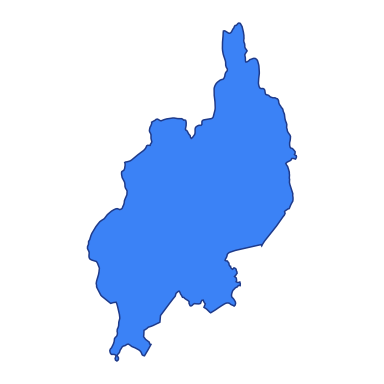 Rabai, Coast, Kenya (Equal Earth projection)
{"feature_id": "3690345B74333595130890", "entity_name": "Rabai", "entity_type": "district", "adm_level": 2, "iso_a3": "KEN", "parent_name": "Kenya", "parent_adm1": "Coast", "projection": "equal_earth", "projection_center": [39.614, -3.885], "detail": "fine", "context": "isolated", "style": "filled", "palette": "blue", "viewbox_px": 384, "rotation_deg": 0, "n_neighbors": 0, "source": "geoboundaries", "source_scale": "gbopen_adm2", "svg_char_len": 5997}
<svg xmlns="http://www.w3.org/2000/svg" viewBox="0 0 384 384"><path d="M189.0,303.2L190.0,305.6L190.9,306.0L192.1,305.4L193.2,304.3L194.4,303.6L196.3,303.8L198.9,303.9L200.5,303.4L201.2,301.5L201.9,300.3L203.2,300.1L203.8,301.7L204.6,303.0L205.3,303.9L203.9,307.3L206.5,309.0L209.9,312.3L210.7,312.8L215.4,309.9L218.4,307.8L221.9,305.5L224.7,303.8L226.0,303.2L227.0,303.0L228.2,303.0L229.5,303.3L230.6,304.3L232.2,305.1L233.3,305.5L234.1,306.1L235.1,305.2L235.6,303.4L235.4,302.0L234.6,300.5L233.5,298.8L231.8,297.0L231.5,295.8L231.6,294.3L232.0,292.6L232.8,290.5L235.5,287.7L237.3,286.9L237.9,286.0L238.9,285.4L240.2,285.6L240.3,283.7L239.8,282.0L238.9,282.4L237.4,282.4L236.1,281.7L236.6,280.5L236.5,279.3L236.2,277.9L234.5,276.5L235.8,275.2L236.4,274.1L237.1,273.3L236.9,271.8L236.3,270.6L236.1,269.2L235.3,268.4L234.0,267.8L232.6,269.3L231.6,268.6L230.7,267.6L230.6,266.3L229.7,266.0L229.1,264.8L228.9,263.1L228.2,262.3L227.4,261.0L226.2,260.9L225.1,260.4L225.4,259.2L226.5,257.3L227.0,255.8L227.3,254.3L228.2,253.3L229.1,252.6L230.0,252.2L235.1,250.5L236.7,250.1L261.0,244.6L261.7,245.9L262.6,244.1L264.6,241.0L276.5,226.0L282.9,216.9L284.4,215.0L285.1,213.2L284.5,211.8L285.1,210.9L287.9,209.0L289.2,208.6L290.7,205.0L291.6,203.2L292.8,201.1L293.0,199.5L293.0,197.7L292.7,195.5L292.8,193.6L289.8,184.3L289.4,182.3L289.6,179.3L289.3,178.1L289.5,175.0L289.3,173.5L289.3,172.1L288.5,169.2L287.6,166.4L286.6,165.1L285.8,163.4L287.2,162.1L290.8,160.3L291.8,158.5L293.2,158.4L295.5,159.1L296.2,157.9L296.5,156.8L296.2,155.6L295.2,155.2L294.4,154.3L295.1,153.3L295.1,151.6L293.1,149.2L292.1,148.4L290.6,148.0L290.0,146.9L289.7,145.7L289.6,144.1L289.6,142.7L290.2,140.2L290.4,138.3L290.5,136.4L289.9,135.0L288.1,132.5L287.4,131.1L287.1,129.3L286.6,127.7L286.8,124.5L286.3,122.7L285.6,121.1L285.2,119.6L284.9,118.3L284.4,114.1L283.2,111.2L283.0,110.0L282.5,108.6L281.4,107.5L280.7,106.2L279.9,105.2L279.1,103.7L278.7,102.3L278.6,101.0L278.2,99.9L277.4,98.8L276.5,98.6L275.7,98.1L274.9,97.8L272.9,97.8L270.5,97.0L269.7,96.4L268.7,95.4L267.4,94.9L266.5,94.8L265.7,94.3L265.2,93.0L264.8,90.3L264.3,89.3L263.3,88.6L262.4,88.5L261.4,88.6L260.2,88.3L259.2,86.9L258.7,85.0L258.4,83.2L258.7,78.4L259.3,73.5L259.3,71.9L258.9,65.9L258.6,64.4L257.8,61.6L257.4,60.4L256.6,59.4L255.4,58.5L254.0,58.3L253.0,58.5L251.0,59.3L249.9,59.6L248.7,60.8L247.6,61.5L246.7,62.0L245.7,61.9L245.4,60.3L245.4,58.7L245.3,57.4L245.0,56.2L244.8,54.7L245.6,53.2L247.1,50.9L246.4,49.7L245.4,48.4L244.8,47.1L244.8,45.2L244.6,43.7L244.0,42.3L243.7,40.8L243.8,39.5L244.0,38.3L243.9,37.0L243.9,35.5L243.4,32.1L242.1,26.6L240.3,23.4L238.9,23.0L237.9,23.5L237.2,24.4L236.3,25.3L235.1,25.5L234.4,26.4L233.9,27.8L232.9,29.1L231.4,32.0L230.6,32.8L229.6,33.3L228.7,33.2L225.8,31.4L224.7,30.8L223.4,31.0L223.2,32.7L223.0,36.5L222.5,42.2L222.4,48.5L222.6,50.8L223.2,54.1L223.7,55.8L225.2,60.3L225.6,62.0L225.7,65.4L226.3,67.3L227.4,69.0L227.2,70.8L226.1,72.0L225.5,73.0L225.0,74.6L224.8,76.2L224.3,77.4L223.8,78.5L222.9,79.3L221.5,79.6L220.2,80.1L218.3,81.5L217.3,82.3L216.2,83.5L215.5,84.7L214.8,86.1L214.3,87.6L214.1,88.8L214.2,93.9L214.2,95.3L215.0,101.9L215.2,107.0L215.2,108.4L215.0,110.0L213.2,117.0L212.5,118.0L211.6,118.5L210.7,118.7L204.2,119.8L203.1,120.1L202.0,121.2L201.9,122.7L201.9,124.4L201.1,125.3L198.9,125.3L197.5,125.9L196.1,126.8L195.3,128.0L195.1,129.2L195.1,132.2L195.0,133.4L194.6,134.6L192.5,137.5L191.3,138.4L190.5,137.3L190.1,135.5L189.0,134.4L188.0,132.7L187.4,131.4L186.7,130.5L185.9,130.2L185.4,129.1L186.1,125.6L186.2,123.1L186.1,121.9L185.7,120.4L184.9,120.0L183.6,120.1L182.8,119.3L181.7,118.7L177.7,118.6L174.0,118.0L172.9,118.0L166.7,118.9L164.2,119.6L161.1,120.8L160.1,120.6L159.0,119.9L157.6,119.1L156.2,119.3L155.2,120.2L151.6,122.2L151.7,123.5L151.3,124.6L150.8,125.9L150.1,127.1L149.7,128.6L149.4,130.5L149.6,131.7L150.3,132.9L151.0,134.7L151.0,138.3L151.8,141.8L151.2,143.2L150.5,144.1L150.2,145.4L147.7,145.3L146.7,145.8L146.1,147.2L145.5,148.4L143.7,150.4L138.1,154.6L131.7,159.9L130.5,160.7L129.3,161.2L127.0,161.8L125.6,162.0L124.7,162.5L125.1,163.7L125.1,165.4L124.6,168.6L123.9,170.2L121.8,171.6L121.5,172.8L121.6,174.7L122.2,177.7L124.5,182.0L124.9,184.0L125.0,186.6L125.6,188.4L126.5,189.7L127.1,191.0L127.0,193.1L126.9,194.8L125.3,198.4L124.4,200.8L124.2,203.0L123.6,205.0L122.8,206.6L122.3,208.1L121.6,208.9L119.8,209.6L117.5,208.7L116.7,208.7L115.7,208.9L113.9,209.7L111.5,211.1L109.6,212.7L107.4,214.6L104.8,218.0L104.0,218.9L101.7,220.3L99.8,221.7L97.6,224.4L95.8,226.8L91.9,233.3L90.9,235.7L89.7,239.7L88.6,241.4L88.5,244.4L88.0,245.4L87.5,246.7L87.5,248.6L89.0,251.7L89.2,253.1L89.0,255.0L89.0,256.9L89.4,258.2L90.0,259.1L90.9,259.6L91.9,260.1L96.4,261.5L97.4,263.0L99.4,268.1L99.0,271.9L98.5,274.6L96.6,281.0L96.2,283.4L96.6,285.4L96.6,286.9L97.3,288.4L100.9,295.3L102.0,296.4L110.7,303.4L113.3,302.6L116.1,302.2L116.7,303.4L117.6,306.6L119.4,314.4L119.7,317.0L119.8,318.2L119.5,319.5L118.8,322.1L118.6,325.7L118.2,327.3L117.3,329.2L117.1,331.3L117.4,332.8L117.4,334.0L117.0,335.5L116.4,336.5L115.4,337.3L114.5,338.6L114.2,341.4L113.5,343.7L112.6,345.6L111.5,347.8L110.3,349.1L109.8,350.7L110.1,352.2L110.6,353.5L111.5,354.4L113.9,354.4L115.0,354.7L116.0,355.4L115.7,356.9L115.1,358.4L115.5,360.1L116.9,361.0L118.0,360.2L118.5,359.1L118.4,357.6L117.0,355.4L117.7,354.4L118.7,353.4L119.5,352.2L119.9,350.8L120.4,349.7L121.3,348.4L122.0,347.1L123.4,346.0L124.9,345.7L125.9,345.1L127.1,344.3L128.4,344.1L129.6,344.8L131.0,345.9L132.0,346.6L135.2,347.9L138.7,349.8L139.5,350.4L140.5,351.3L141.3,352.6L141.7,353.7L142.2,354.8L143.2,355.5L144.5,355.8L148.0,349.9L151.0,344.4L149.6,343.9L149.3,342.2L145.6,339.4L143.6,336.7L143.8,334.8L144.0,330.3L145.3,329.6L146.9,328.5L148.3,327.2L151.1,326.3L153.1,325.5L159.9,322.2L160.5,315.5L164.1,310.7L169.3,303.7L172.9,299.0L175.2,296.2L176.0,293.4L177.7,291.8L179.0,291.1L179.9,292.2L180.5,293.9L181.4,295.2L182.5,297.3L183.8,297.4L184.6,298.3L185.5,299.0L188.2,300.7L189.1,301.6L189.0,303.2Z" fill="#3b82f6" stroke="#1e3a8a" stroke-width="1.5"/></svg>